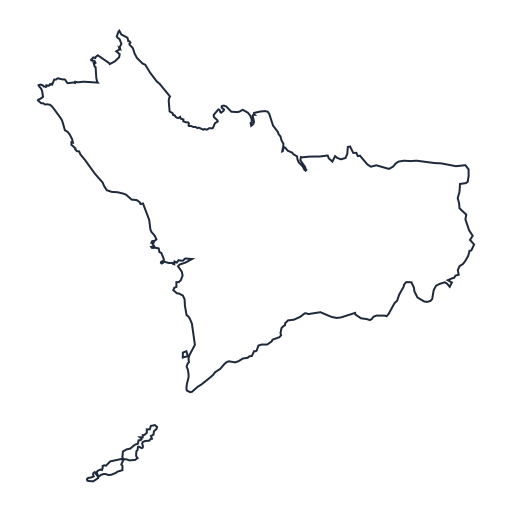 outline of Western Area Rural, Western, Sierra Leone
{"feature_id": "65957751B56468197775265", "entity_name": "Western Area Rural", "entity_type": "district", "adm_level": 2, "iso_a3": "SLE", "parent_name": "Sierra Leone", "parent_adm1": "Western", "projection": "albers", "projection_center": [-13.169, 8.289], "detail": "fine", "context": "isolated", "style": "outline", "palette": "slate", "viewbox_px": 512, "rotation_deg": 0, "n_neighbors": 0, "source": "geoboundaries", "source_scale": "gbopen_adm2", "svg_char_len": 5960}
<svg xmlns="http://www.w3.org/2000/svg" viewBox="0 0 512 512"><path d="M327.7,155.5L320.0,156.5L309.6,156.6L302.4,157.3L301.0,157.0L300.3,160.2L305.2,167.2L305.3,168.6L306.3,169.8L305.6,170.7L304.4,169.7L302.8,166.5L298.7,162.3L297.5,159.5L297.1,156.4L293.4,154.2L292.1,152.6L287.7,150.7L285.3,147.7L284.3,147.3L283.7,147.6L282.7,151.2L282.2,151.4L283.3,146.1L283.4,143.8L281.5,140.4L280.5,136.5L278.5,134.0L278.0,132.2L273.0,125.5L269.3,114.0L267.7,111.7L265.0,111.1L260.5,111.5L254.1,112.9L254.2,114.3L254.7,114.8L253.3,114.7L252.7,115.7L254.0,121.9L253.3,124.0L251.2,125.8L250.6,123.1L251.7,122.4L251.7,119.4L250.3,115.7L247.9,112.7L242.7,109.8L239.5,111.6L237.2,112.1L231.3,111.7L226.1,106.4L223.8,105.6L222.3,105.9L221.7,106.3L221.7,107.7L224.0,109.4L223.7,110.7L221.1,112.7L220.3,112.1L219.6,110.1L218.7,109.4L218.2,109.6L213.7,114.9L213.8,116.9L217.5,120.4L217.7,121.5L214.9,123.3L213.0,127.8L212.4,128.3L209.3,128.2L206.8,129.7L204.4,129.0L203.2,129.7L199.3,127.8L198.3,127.7L197.6,128.1L195.3,126.9L193.5,127.0L191.0,126.0L188.9,126.0L188.5,125.5L188.9,123.3L188.5,122.8L187.8,122.3L185.9,122.3L183.3,121.3L183.4,119.4L180.7,118.6L180.1,116.9L178.6,118.0L177.1,117.8L175.3,116.6L174.8,115.4L173.1,115.0L172.7,113.3L169.6,111.4L168.7,100.9L169.2,97.9L170.0,96.5L159.6,83.8L156.7,81.4L150.0,72.5L145.3,64.8L142.5,63.5L136.9,57.9L134.5,53.3L132.9,48.2L129.5,44.6L129.4,43.8L130.4,42.7L129.6,41.4L128.3,41.1L127.6,38.1L126.6,37.2L121.3,34.5L119.3,30.7L118.5,31.6L116.8,36.4L117.6,37.7L119.6,39.2L121.4,43.9L119.7,47.1L120.1,48.7L119.1,47.9L119.5,49.5L116.3,51.3L119.7,54.2L119.1,57.3L114.7,61.5L109.7,64.1L109.0,63.0L97.8,55.3L95.4,57.2L95.2,58.0L93.3,57.4L91.1,59.8L91.4,60.5L94.4,60.8L95.5,62.9L94.8,63.5L93.7,63.1L94.7,66.7L95.6,67.2L96.3,77.9L97.1,81.6L97.8,82.6L83.6,81.7L78.0,82.3L75.6,81.8L75.1,81.8L75.1,83.0L73.0,82.5L68.2,83.2L67.1,82.8L65.3,79.9L64.5,79.4L62.5,79.4L57.7,78.3L55.9,79.6L54.2,79.6L52.2,84.5L51.4,83.9L50.7,84.7L50.0,84.2L48.7,85.8L46.5,85.3L46.5,86.5L45.9,87.0L44.8,86.4L43.7,86.5L42.7,85.3L40.8,84.6L38.6,85.1L38.7,85.8L41.1,88.6L42.2,91.3L43.0,96.9L40.2,98.9L38.4,99.6L37.9,100.4L41.2,103.2L43.2,103.3L45.2,104.5L47.4,104.3L50.0,104.8L51.7,106.1L54.9,110.2L61.2,118.9L62.3,121.1L64.9,130.2L67.7,131.9L69.8,134.6L72.0,138.9L72.9,142.6L71.5,142.2L71.4,144.8L75.4,148.3L75.1,149.0L76.9,151.2L79.1,151.4L80.4,154.4L85.3,160.4L94.8,173.6L102.6,182.5L104.1,186.0L106.7,190.2L111.8,191.9L117.3,192.2L123.6,193.7L126.1,194.7L131.6,199.6L136.8,200.1L139.7,202.2L140.5,204.0L143.0,203.5L149.2,219.9L150.4,229.5L151.4,231.9L154.7,235.7L156.4,239.4L154.6,240.9L152.2,241.1L151.6,242.3L153.5,242.0L153.7,242.7L152.3,243.4L154.1,246.1L151.2,246.9L152.1,248.0L155.0,247.7L158.7,248.4L159.5,252.2L161.3,252.9L163.9,259.3L163.8,260.5L161.1,261.9L160.9,262.8L161.7,263.5L162.8,263.0L163.9,261.6L168.8,263.0L172.6,262.9L173.0,263.9L174.3,264.3L174.6,261.5L176.8,262.6L178.6,260.2L180.8,260.7L183.0,260.6L185.2,258.5L192.1,259.0L185.2,262.7L179.7,264.5L178.0,266.3L181.8,271.7L182.6,275.5L180.7,280.4L178.7,282.1L176.4,282.2L176.4,286.9L174.3,287.8L173.3,290.1L176.9,293.3L179.1,293.6L182.8,295.5L184.6,299.3L184.9,305.7L186.6,315.2L188.4,316.5L189.8,318.6L191.9,323.6L194.9,344.8L189.4,355.2L188.5,358.6L188.9,362.2L187.7,363.5L186.6,366.7L187.8,369.5L188.6,374.2L188.5,377.7L186.9,383.9L186.4,388.3L186.8,390.5L190.2,392.2L192.0,391.8L197.9,386.6L201.4,384.5L210.0,377.6L213.2,374.8L215.1,372.2L220.2,368.9L224.5,363.9L226.7,362.1L228.9,361.3L235.2,362.4L238.5,361.2L242.9,358.5L247.6,357.8L249.4,356.3L251.8,356.0L254.1,351.2L255.9,351.2L256.7,350.5L258.4,345.6L261.8,344.5L267.2,344.5L271.7,341.4L272.5,339.7L279.4,337.2L281.1,335.3L280.5,333.0L281.5,328.1L283.2,326.3L285.0,325.2L285.2,323.2L288.0,320.4L293.9,319.7L300.1,316.9L304.8,313.3L306.2,313.3L308.3,314.1L320.4,312.2L331.5,316.9L336.4,317.9L340.8,317.5L355.1,312.9L355.4,314.5L361.0,318.3L366.9,319.1L369.8,320.1L371.7,319.1L373.4,316.8L376.4,315.6L384.4,315.6L386.6,316.2L388.5,314.1L394.5,303.2L397.1,300.7L399.2,294.6L403.8,286.4L404.0,284.7L406.3,282.1L411.5,282.3L414.0,287.9L414.4,291.4L417.5,297.5L424.2,301.5L427.2,301.9L430.5,300.9L432.2,299.0L433.7,290.1L436.0,285.8L439.1,284.1L444.7,282.3L447.1,283.7L449.7,286.8L451.9,282.5L447.8,280.2L451.9,278.4L454.1,277.9L455.5,275.6L458.7,274.7L457.8,270.1L459.6,266.0L462.7,264.2L465.0,261.4L468.2,255.9L469.5,250.9L471.3,250.4L474.1,244.5L470.0,239.9L472.7,235.8L469.1,230.3L465.4,219.3L466.3,214.7L459.5,208.3L459.1,203.3L457.7,198.2L459.5,191.8L460.0,184.0L465.9,183.1L467.7,181.7L468.6,176.2L468.6,169.4L465.4,165.2L455.9,166.2L441.4,163.4L434.1,163.0L416.7,160.7L410.3,161.1L404.0,160.7L398.5,161.6L395.8,163.4L393.1,166.6L389.0,168.9L376.3,165.3L370.9,166.7L367.3,164.4L360.0,155.7L357.8,156.1L356.4,152.9L353.2,152.9L350.1,146.5L347.8,147.0L347.3,153.8L345.5,158.0L341.0,159.3L337.4,158.0L335.1,156.1L332.4,161.6L328.8,158.4L327.7,155.5ZM156.4,429.1L157.1,427.0L154.9,425.1L150.9,425.9L149.8,429.3L146.8,429.3L146.9,432.7L144.3,435.0L142.8,435.1L142.7,437.3L139.9,437.3L141.5,438.6L141.5,439.4L140.5,440.1L138.5,440.4L137.8,443.8L135.1,444.6L130.2,448.6L126.5,449.4L122.9,451.5L122.4,457.2L123.3,459.1L126.7,459.4L129.7,460.4L135.1,459.9L137.6,458.1L136.3,456.4L136.1,455.0L136.4,451.2L137.5,450.1L138.0,446.9L138.8,446.6L141.6,448.1L142.6,447.7L143.0,446.3L142.2,443.8L142.7,442.0L145.2,441.0L149.2,440.7L150.7,439.0L151.9,438.8L151.0,436.0L153.5,434.6L153.9,431.3L156.4,429.1ZM121.3,464.4L123.2,460.5L121.3,459.0L110.2,461.4L106.0,465.7L104.2,465.3L102.6,466.0L102.7,467.9L102.0,470.0L100.9,469.5L98.0,470.6L96.7,472.0L97.5,474.7L98.7,476.7L100.9,474.9L103.8,474.0L105.9,474.1L108.6,475.1L111.4,474.7L115.8,472.9L117.6,471.6L122.4,470.2L122.5,466.0L121.3,464.4ZM93.3,481.3L98.1,478.1L98.1,476.9L94.7,472.1L93.3,473.2L93.1,474.6L93.7,476.4L91.0,477.5L88.2,477.9L86.9,479.2L87.4,480.7L89.5,481.1L93.3,481.3ZM187.8,356.2L186.4,351.2L182.9,352.6L182.8,357.5L187.8,356.2Z" fill="none" stroke="#1e293b" stroke-width="2"/></svg>